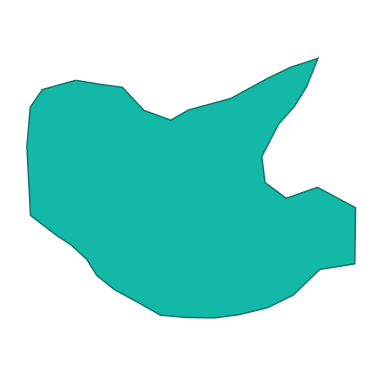 Koilanemos, Cyprus, rotated 177°
{"feature_id": "46923920B29026112812514", "entity_name": "Koilanemos", "entity_type": "district", "adm_level": 2, "iso_a3": "CYP", "parent_name": "Cyprus", "parent_adm1": "", "projection": "mercator", "projection_center": [34.134, 35.492], "detail": "fine", "context": "isolated", "style": "filled", "palette": "teal", "viewbox_px": 384, "rotation_deg": 177, "n_neighbors": 0, "source": "geoboundaries", "source_scale": "gbopen_adm2", "svg_char_len": 608}
<svg xmlns="http://www.w3.org/2000/svg" viewBox="0 0 384 384"><g transform="rotate(177 192 192)"><path d="M59.2,318.9L87.0,311.4L109.3,302.1L148.3,283.4L191.1,274.1L209.6,264.8L235.7,276.0L256.1,300.2L276.5,304.0L302.5,309.6L336.0,302.1L349.0,285.3L354.5,246.1L354.5,220.0L354.5,177.1L330.4,156.5L315.5,145.4L300.7,130.4L291.4,113.6L274.7,98.7L250.5,83.8L230.1,70.7L204.1,67.0L176.2,65.1L152.1,67.0L122.3,72.6L96.3,83.8L68.5,108.0L33.2,111.8L29.5,167.7L66.6,190.1L98.2,180.8L118.6,197.6L120.5,223.7L101.9,255.4L85.2,272.2L72.2,290.9L59.2,318.9Z" fill="#14b8a6" stroke="#0f766e" stroke-width="1.5"/></g></svg>